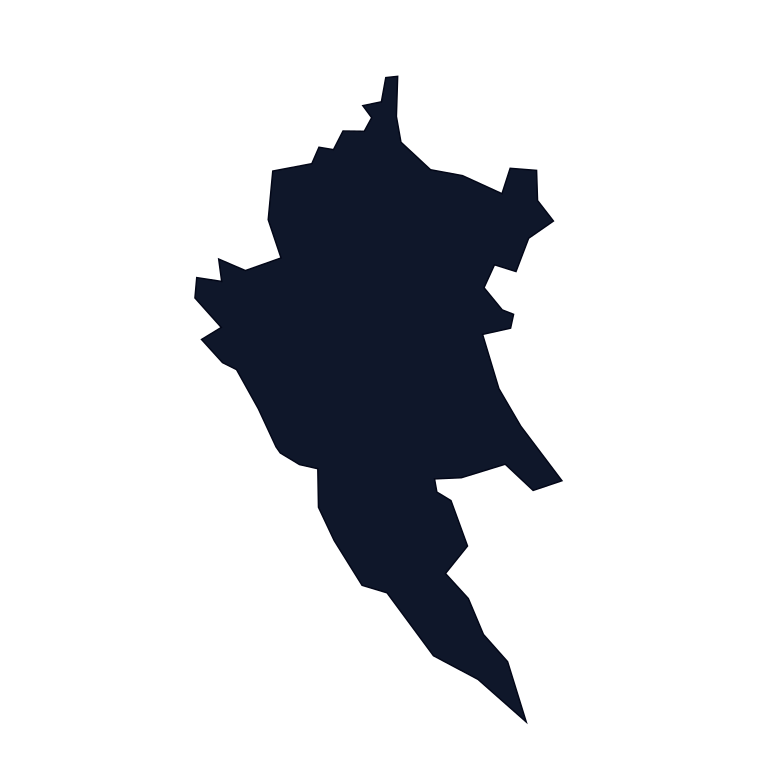 the district of Dzhambay, Samarkand, Uzbekistan, rotated 11°
{"feature_id": "79887680B27058586610976", "entity_name": "Dzhambay", "entity_type": "district", "adm_level": 2, "iso_a3": "UZB", "parent_name": "Uzbekistan", "parent_adm1": "Samarkand", "projection": "albers", "projection_center": [67.125, 39.732], "detail": "fine", "context": "isolated", "style": "filled", "palette": "ink", "viewbox_px": 768, "rotation_deg": 11, "n_neighbors": 0, "source": "geoboundaries", "source_scale": "gbopen_adm2", "svg_char_len": 960}
<svg xmlns="http://www.w3.org/2000/svg" viewBox="0 0 768 768"><g transform="rotate(11 384 384)"><path d="M365.0,547.2L400.9,585.8L426.8,588.4L484.4,641.3L532.6,656.0L588.1,688.6L558.3,633.0L529.4,610.9L507.7,578.5L480.5,558.3L496.9,527.1L472.0,485.7L456.5,480.0L451.7,467.5L477.9,461.2L518.3,439.6L550.7,460.0L577.1,445.0L526.3,399.3L497.7,366.7L471.3,316.5L497.6,305.0L497.9,290.9L485.9,288.7L463.8,270.4L469.7,245.9L492.1,248.4L498.2,213.3L519.2,191.7L499.7,174.6L493.0,145.2L466.7,148.2L463.5,174.7L421.3,164.5L388.8,164.8L354.5,143.4L345.1,119.0L338.7,79.4L327.3,82.9L327.6,107.5L310.1,114.8L321.1,124.9L316.4,139.7L295.5,143.5L289.7,163.6L275.0,164.0L271.1,181.5L234.2,196.2L239.0,244.8L258.9,279.9L226.3,299.1L197.9,292.9L205.1,314.3L179.9,315.3L182.0,335.6L213.5,359.5L196.4,375.1L221.4,393.8L236.5,398.0L265.4,432.3L290.1,466.4L295.4,471.5L316.4,479.2L335.2,479.8L343.2,517.5L365.0,547.2Z" fill="#0f172a" stroke="#020617" stroke-width="1.5"/></g></svg>